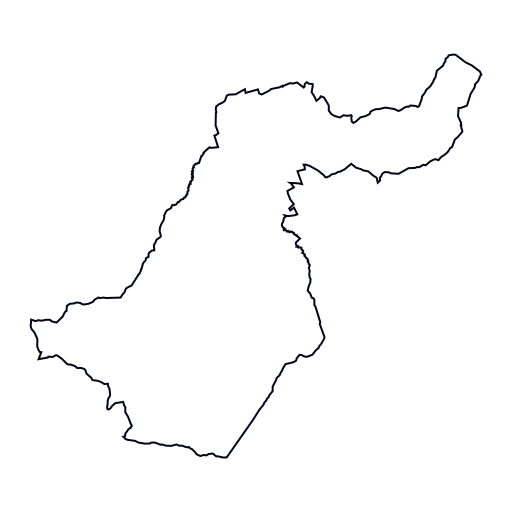 Suseni, Harghita, Romania (orthographic projection)
{"feature_id": "2599482B84922029149234", "entity_name": "Suseni", "entity_type": "district", "adm_level": 2, "iso_a3": "ROU", "parent_name": "Romania", "parent_adm1": "Harghita", "projection": "orthographic", "projection_center": [25.567, 46.618], "detail": "fine", "context": "isolated", "style": "outline", "palette": "ink", "viewbox_px": 512, "rotation_deg": 0, "n_neighbors": 0, "source": "geoboundaries", "source_scale": "gbopen_adm2", "svg_char_len": 6018}
<svg xmlns="http://www.w3.org/2000/svg" viewBox="0 0 512 512"><path d="M272.6,391.2L272.7,386.6L276.1,380.0L276.6,378.1L279.6,375.2L281.0,372.1L282.3,370.4L282.4,369.3L285.5,364.1L292.8,362.4L295.7,361.0L296.5,359.7L296.6,358.4L299.6,354.8L301.8,355.1L304.4,356.5L307.0,356.8L312.3,354.8L315.3,350.9L318.9,347.5L319.2,346.1L321.1,344.1L324.1,338.7L324.5,337.1L319.7,323.9L320.3,322.3L315.5,306.7L314.4,305.2L314.3,299.5L313.0,298.0L311.7,297.7L310.3,293.8L307.7,290.6L308.7,286.3L310.2,282.7L310.6,279.0L309.7,277.6L309.2,274.0L309.7,271.3L308.9,267.6L309.7,265.8L309.6,264.8L308.7,263.9L308.5,262.2L307.8,261.6L308.1,260.6L307.7,260.5L307.5,258.7L305.9,257.8L305.3,256.4L304.4,255.8L304.9,255.0L304.7,254.3L302.2,252.8L303.2,251.7L303.0,250.7L301.4,249.2L301.5,247.9L300.3,247.3L298.6,247.7L298.0,247.3L298.1,246.3L296.4,246.7L296.5,245.1L295.8,244.0L295.8,242.7L300.0,238.5L297.4,236.4L297.1,235.6L296.5,235.8L296.1,235.0L294.3,234.5L294.0,233.0L293.3,232.5L292.8,232.7L291.9,231.7L290.9,232.0L290.4,231.5L289.3,232.2L288.2,230.9L287.1,231.6L286.2,230.3L283.9,230.2L283.7,228.8L284.6,228.4L282.4,226.8L281.9,225.1L282.0,223.8L283.1,221.9L284.0,217.9L285.7,216.6L284.7,215.4L288.2,216.1L294.0,215.4L297.3,214.4L294.0,207.6L290.3,210.4L289.2,208.4L293.8,204.2L290.2,199.3L287.8,193.2L287.5,190.9L293.9,187.4L291.3,183.7L290.1,182.9L297.8,183.3L302.0,184.1L297.5,171.2L304.9,169.3L304.6,166.7L303.7,164.7L305.9,164.7L309.5,165.8L317.7,170.3L324.1,175.5L324.9,176.9L326.4,177.4L329.4,176.2L331.5,174.4L335.6,173.5L337.8,172.0L339.8,171.7L344.7,169.3L351.2,163.8L356.1,167.7L361.4,169.3L362.9,170.3L368.3,171.4L373.1,175.5L376.6,177.7L377.8,182.7L380.1,180.4L379.8,178.2L380.1,177.3L381.2,176.4L381.8,174.6L382.6,173.4L384.9,172.0L389.0,172.4L390.8,173.3L398.6,173.8L408.5,168.2L415.1,167.9L417.2,167.0L419.3,167.2L423.3,164.8L425.6,165.3L430.2,161.4L434.0,159.5L435.6,159.2L438.5,160.2L440.7,157.4L445.5,154.1L447.8,151.9L450.3,148.0L452.0,147.1L454.9,139.5L457.8,137.0L462.2,131.9L462.3,130.4L461.5,128.6L461.1,126.3L461.3,125.3L460.8,125.3L461.0,122.7L458.0,116.1L458.6,108.0L461.3,107.8L467.0,105.6L470.6,93.9L474.6,87.4L475.1,84.2L478.1,81.1L480.8,74.7L481.3,74.6L479.9,71.5L471.8,65.4L465.5,62.3L456.0,55.0L453.9,54.5L448.8,55.3L447.3,57.7L445.9,58.4L445.4,59.7L445.5,61.0L443.7,63.8L443.1,65.6L436.9,70.7L435.4,77.4L433.5,80.4L433.4,81.4L430.2,86.4L426.2,89.9L424.8,92.9L421.9,96.6L421.8,98.7L419.1,106.2L417.4,106.9L415.9,106.0L410.5,105.5L408.9,106.7L406.8,106.7L404.4,107.6L400.9,110.0L398.5,111.0L394.2,109.0L385.4,107.6L378.6,109.2L376.0,109.1L371.8,110.8L370.2,112.1L369.9,113.6L369.2,114.3L365.2,116.2L360.5,117.3L356.3,121.2L353.4,122.9L351.8,121.6L351.3,118.0L351.7,116.0L351.3,115.2L347.4,115.8L343.4,115.3L340.0,117.5L334.6,116.0L331.5,114.2L328.8,110.6L328.8,105.7L328.2,104.4L324.0,97.5L320.8,96.3L319.6,98.3L316.4,100.8L314.2,96.2L311.6,92.1L312.8,85.4L312.7,84.1L308.6,83.6L306.8,82.2L305.1,83.7L304.6,84.5L304.5,86.6L303.6,87.5L297.1,82.5L292.9,83.5L289.8,83.2L283.1,86.0L282.7,86.6L282.2,85.9L279.6,87.3L271.1,89.0L269.2,90.7L261.6,94.5L259.1,93.4L258.0,89.4L245.6,92.9L244.9,89.2L235.6,94.3L228.5,94.7L226.8,95.7L224.8,101.0L221.9,103.0L219.0,104.2L216.1,106.6L215.8,110.2L216.4,112.1L215.9,112.5L215.6,125.4L218.4,133.3L215.7,135.2L214.4,135.6L218.1,147.2L211.2,147.9L209.6,147.3L208.4,148.2L203.6,152.6L203.9,153.0L201.7,156.3L201.3,156.2L199.0,163.0L197.9,162.9L197.4,163.6L195.4,163.8L195.3,164.6L193.7,165.5L193.4,166.5L193.8,167.3L193.3,167.3L192.6,168.8L193.0,170.3L192.5,170.7L192.9,171.1L192.0,171.8L192.6,172.5L192.3,172.8L192.7,173.3L191.9,174.0L192.5,174.3L192.2,175.1L192.7,175.4L192.5,176.0L192.8,175.9L193.1,177.0L192.7,177.2L193.0,177.5L192.7,178.3L192.0,178.1L192.5,179.9L191.3,180.7L190.7,182.2L190.2,182.2L190.6,183.8L189.6,183.9L189.4,184.3L189.7,184.3L188.9,185.2L189.1,185.6L188.1,185.9L188.7,186.0L188.7,187.3L188.1,187.8L188.6,190.4L187.5,191.6L187.5,193.7L186.5,194.6L186.7,195.4L185.6,196.2L185.6,196.9L185.0,197.5L184.2,197.5L183.3,199.0L181.0,199.6L178.7,202.2L178.0,202.0L176.1,204.5L173.6,205.3L172.4,204.9L170.8,208.3L167.0,210.3L165.7,212.2L164.1,215.6L164.3,217.1L163.7,220.0L161.1,224.5L160.0,227.6L159.6,231.0L160.9,236.0L160.2,237.2L156.8,239.5L156.1,240.6L155.4,242.8L153.9,245.0L154.3,250.3L151.9,250.6L149.2,252.6L148.5,254.1L148.6,256.8L146.0,258.1L145.6,260.3L143.0,263.3L141.6,268.8L141.1,269.0L141.0,270.2L139.5,273.7L138.8,274.1L131.7,285.4L126.8,287.9L125.8,288.9L124.3,292.6L122.4,294.6L120.8,297.3L120.1,297.6L106.5,298.0L103.0,297.6L99.9,298.1L98.5,297.5L94.8,299.5L92.7,302.0L88.3,303.8L84.1,304.5L82.0,304.1L80.1,302.9L76.0,302.5L74.6,303.3L69.6,303.9L66.9,305.9L66.5,311.0L65.4,311.5L64.6,312.6L62.8,316.4L56.5,322.6L51.6,321.3L50.0,319.8L45.9,319.8L41.6,320.7L38.5,320.2L35.5,321.1L31.2,319.6L30.7,326.1L31.0,327.5L31.6,329.1L34.4,332.4L37.4,339.0L37.2,346.3L38.3,349.5L39.6,351.9L41.3,352.2L38.6,359.2L47.9,357.5L48.3,356.7L52.8,356.9L55.8,355.2L57.3,355.5L61.7,358.7L67.1,364.0L69.2,364.7L70.6,364.5L75.0,366.1L77.2,368.0L81.4,368.0L84.3,369.0L85.5,370.3L86.5,373.6L91.4,377.9L92.4,380.1L97.3,380.7L101.0,382.0L104.3,384.0L107.9,383.8L107.9,385.6L109.5,388.9L110.1,394.2L110.0,396.0L108.3,398.5L107.7,400.9L107.7,403.8L107.1,406.8L107.4,409.0L108.4,409.5L110.3,408.5L112.2,405.8L115.2,403.2L123.2,401.9L124.0,405.0L125.4,407.3L125.2,412.0L128.0,416.7L130.8,423.9L131.5,424.9L131.7,426.3L130.6,427.3L130.7,427.8L128.7,429.0L125.4,433.5L125.1,434.6L125.4,435.7L124.4,436.8L123.5,436.8L125.5,439.0L127.9,439.9L134.8,440.8L138.6,442.6L144.7,443.6L150.0,443.5L150.8,442.8L152.2,442.5L155.4,442.7L160.7,444.8L161.7,444.4L165.6,445.6L171.3,445.9L176.4,444.5L179.2,445.7L182.0,445.6L185.7,447.0L188.2,447.4L188.8,447.0L190.5,448.6L191.8,449.0L195.2,452.2L196.6,454.3L200.3,456.0L203.8,455.0L206.4,455.4L208.7,454.0L212.1,453.6L212.9,453.6L216.3,456.4L217.9,456.3L223.0,457.5L226.7,457.4L253.1,419.7L259.5,409.6L263.5,404.7L264.4,402.5L266.4,400.3L266.7,399.1L268.5,397.2L269.5,395.0L272.6,391.2Z" fill="none" stroke="#020617" stroke-width="2"/></svg>